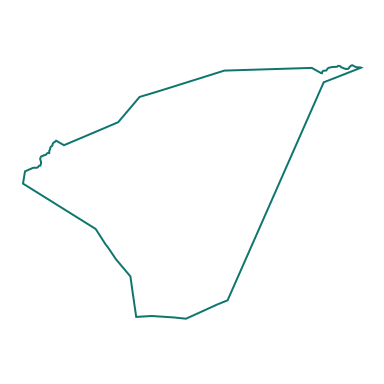 San Pedro Jaltepetongo, Oaxaca, Mexico
{"feature_id": "50627088B194314119844", "entity_name": "San Pedro Jaltepetongo", "entity_type": "district", "adm_level": 2, "iso_a3": "MEX", "parent_name": "Mexico", "parent_adm1": "Oaxaca", "projection": "orthographic", "projection_center": [-97.045, 17.683], "detail": "fine", "context": "isolated", "style": "outline", "palette": "teal", "viewbox_px": 384, "rotation_deg": 0, "n_neighbors": 0, "source": "geoboundaries", "source_scale": "gbopen_adm2", "svg_char_len": 1528}
<svg xmlns="http://www.w3.org/2000/svg" viewBox="0 0 384 384"><path d="M361.0,67.7L360.1,67.4L357.2,67.3L355.2,66.8L352.5,65.3L352.0,65.4L351.4,65.4L349.6,66.9L348.7,68.3L347.8,68.9L347.1,69.0L346.5,68.9L345.3,68.9L341.1,67.2L340.6,66.6L340.2,66.2L339.0,65.9L338.1,65.9L336.9,66.8L332.2,67.0L328.7,67.8L327.6,68.6L326.3,70.5L323.2,70.8L322.3,71.7L322.0,73.2L320.9,73.0L311.8,67.9L224.3,70.6L191.2,81.0L156.7,91.8L139.6,96.9L118.2,122.2L64.0,145.2L56.1,140.7L54.6,142.1L53.5,142.6L52.8,143.6L52.6,144.4L52.5,145.0L52.0,145.8L51.6,146.3L50.9,146.7L50.7,146.9L50.5,147.3L50.3,147.8L50.2,148.4L50.1,149.3L49.7,150.0L49.3,150.6L49.3,151.2L49.3,151.9L49.3,152.6L49.3,152.9L49.2,153.1L48.8,153.0L48.5,152.9L47.9,153.0L47.4,153.2L46.8,153.6L46.4,154.1L45.9,154.7L45.5,154.9L44.9,155.1L44.2,155.1L43.9,155.2L43.6,155.5L43.0,155.8L41.9,156.2L41.3,156.4L40.8,157.0L40.5,157.7L40.2,158.5L40.2,159.2L40.4,159.8L40.6,160.6L40.9,161.5L41.0,162.2L41.0,163.3L40.8,164.3L40.5,165.0L40.4,165.6L40.1,165.8L39.8,165.8L39.1,165.8L38.7,166.2L38.4,166.5L38.0,167.1L37.6,167.4L37.2,167.7L36.6,167.7L35.9,167.8L35.4,167.8L34.9,167.7L34.2,167.7L33.2,167.9L32.2,168.1L31.6,168.5L31.0,168.8L30.7,169.0L30.1,169.1L29.5,169.4L28.6,169.7L28.0,170.1L26.8,170.6L25.9,171.1L25.1,171.3L24.9,172.1L23.0,183.6L95.7,229.0L105.4,244.1L108.3,247.9L115.9,259.2L130.4,276.4L131.4,283.4L133.1,295.7L133.3,296.6L133.6,298.9L136.2,316.9L151.8,316.0L173.4,317.4L186.0,318.7L217.2,304.5L227.6,300.3L323.7,82.3L361.0,67.7Z" fill="none" stroke="#0f766e" stroke-width="2"/></svg>